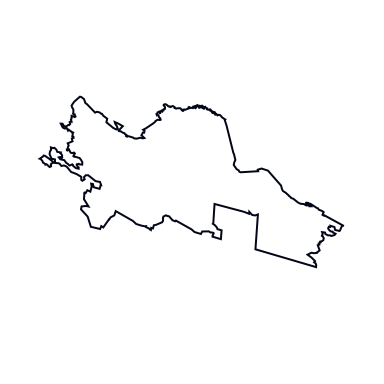 outline of Zebrenes pag., Dobele, Latvia, rotated 30°
{"feature_id": "27541924B8969780539300", "entity_name": "Zebrenes pag.", "entity_type": "district", "adm_level": 2, "iso_a3": "LVA", "parent_name": "Latvia", "parent_adm1": "Dobele", "projection": "robinson", "projection_center": [22.874, 56.594], "detail": "fine", "context": "isolated", "style": "outline", "palette": "ink", "viewbox_px": 384, "rotation_deg": 30, "n_neighbors": 0, "source": "geoboundaries", "source_scale": "gbopen_adm2", "svg_char_len": 6004}
<svg xmlns="http://www.w3.org/2000/svg" viewBox="0 0 384 384"><g transform="rotate(30 192 192)"><path d="M337.0,195.0L336.1,193.2L334.8,192.0L332.9,191.8L333.1,190.3L328.2,189.0L323.4,188.5L325.8,184.9L328.3,184.0L330.6,182.3L330.4,181.8L331.0,180.8L331.7,178.7L327.5,175.2L328.6,173.9L327.5,173.1L328.6,171.5L327.8,170.9L329.2,169.4L329.8,168.1L329.2,166.1L327.3,164.9L326.4,165.0L326.1,163.0L324.7,161.7L327.5,160.6L328.6,161.7L331.6,161.5L333.2,160.5L334.4,160.5L335.1,160.0L337.0,157.9L337.2,156.4L334.6,156.6L333.6,156.0L332.2,156.7L331.1,156.7L328.9,156.0L328.0,155.2L327.9,153.7L329.1,153.3L329.4,152.5L328.9,152.0L332.9,151.1L334.9,153.3L339.2,152.0L339.4,151.5L338.8,146.0L340.5,145.5L318.4,146.0L318.3,146.5L316.4,146.5L316.1,143.6L314.3,143.4L310.6,143.9L309.3,143.2L308.0,143.4L300.3,143.0L299.9,143.3L299.9,144.2L302.1,144.9L300.7,145.7L299.6,144.9L298.2,143.3L296.3,144.1L296.2,144.5L297.1,145.3L298.4,145.6L298.6,145.9L298.2,146.3L296.6,146.6L295.2,146.4L291.9,147.9L288.8,148.1L283.4,147.2L280.6,147.6L279.8,147.1L278.2,147.0L277.7,146.7L273.5,145.8L270.4,145.7L268.6,144.6L265.9,141.9L247.1,135.5L240.5,136.9L237.8,139.8L238.9,140.9L224.4,150.5L223.0,150.8L221.5,149.9L219.2,149.9L214.6,147.7L213.8,145.2L213.5,142.5L209.4,138.2L208.1,137.3L188.8,117.3L184.4,113.3L184.5,112.7L183.9,112.9L183.3,112.5L181.1,112.4L178.2,111.4L176.5,111.8L175.7,112.9L174.3,112.3L173.5,113.4L172.8,113.1L172.9,112.1L171.7,111.5L171.2,111.7L171.6,112.3L171.5,112.7L170.2,113.3L169.4,112.9L169.6,112.0L168.6,112.0L167.4,112.5L167.1,112.2L167.1,111.5L166.6,111.3L166.0,111.7L165.8,112.3L164.1,112.9L163.8,112.9L163.9,112.3L163.5,111.9L161.6,112.2L160.9,111.6L159.6,112.7L160.6,113.8L160.2,114.0L158.5,113.9L158.7,112.9L158.3,112.3L157.8,112.1L156.9,112.8L157.8,113.5L157.0,113.9L157.0,114.5L156.1,115.5L155.8,115.3L155.9,114.6L155.6,113.8L155.3,113.7L155.0,114.3L154.6,114.0L153.1,114.1L153.1,114.4L153.7,114.6L153.6,115.2L152.5,115.2L150.7,117.1L151.3,117.2L151.5,116.8L152.4,116.1L153.3,116.5L153.3,117.0L153.1,117.1L152.2,117.1L152.9,117.3L152.9,117.7L151.3,117.8L150.9,118.9L149.9,119.1L148.4,120.2L147.7,119.8L146.9,119.9L146.7,120.3L147.4,120.6L147.4,121.4L146.1,122.7L145.2,124.0L144.5,124.1L144.1,124.8L143.5,124.9L143.5,125.4L143.9,125.8L143.7,126.3L143.1,126.4L142.5,125.7L141.9,126.1L141.2,125.6L139.8,125.4L137.3,126.9L136.6,127.7L135.0,128.0L134.8,127.3L132.4,127.1L131.6,128.2L131.0,128.5L131.9,129.1L130.7,129.0L129.8,129.5L128.3,129.6L127.7,129.3L125.7,129.1L124.5,129.6L124.1,130.2L124.0,131.0L126.2,132.0L127.0,133.5L126.1,134.5L126.4,135.2L125.9,135.3L125.3,136.2L126.1,136.3L126.1,137.3L124.8,137.5L123.8,138.4L124.7,138.8L125.0,139.5L124.7,139.7L124.1,139.0L123.0,139.5L122.6,140.0L122.8,140.2L122.2,142.2L123.1,143.0L123.3,142.5L124.7,142.3L125.3,143.3L127.2,144.0L127.6,144.5L127.9,144.3L128.7,145.1L128.4,145.6L126.0,146.7L125.1,148.5L124.8,149.3L124.9,150.1L124.1,152.0L120.4,159.6L118.6,162.5L120.2,162.6L120.9,164.5L119.8,165.0L119.8,168.1L123.8,169.1L123.2,169.7L121.4,170.6L120.1,170.8L117.4,173.5L116.5,173.7L116.0,174.2L115.0,174.5L113.9,174.3L109.2,175.4L108.6,175.7L108.2,176.5L107.0,176.5L107.0,175.7L106.5,175.7L106.4,175.3L104.9,175.4L104.1,174.8L102.5,175.2L99.7,175.1L98.3,175.8L97.7,175.4L99.2,169.6L94.2,169.6L90.1,170.0L91.2,171.1L94.1,172.6L95.3,173.8L95.8,174.0L95.8,175.1L95.1,175.7L91.8,175.9L83.0,174.4L81.9,170.9L76.9,170.3L75.0,169.3L74.2,169.6L72.1,169.3L69.5,170.1L68.4,171.7L57.3,168.5L55.1,168.2L52.0,165.5L48.6,165.1L47.3,165.5L45.8,169.8L44.8,172.9L44.5,177.3L45.6,178.5L48.0,179.9L49.6,182.6L49.8,183.7L51.1,183.8L51.7,183.5L52.3,184.6L53.3,184.7L53.4,185.0L53.1,185.7L49.7,186.3L51.0,188.8L50.9,189.7L52.6,191.4L51.4,192.0L51.1,192.7L52.5,193.9L52.2,195.4L51.4,195.7L50.2,198.3L48.3,198.9L45.7,197.6L44.2,198.4L47.7,200.7L49.8,200.8L51.8,199.4L53.9,200.8L54.0,199.7L57.7,200.1L59.1,200.0L58.9,200.5L59.3,200.5L59.9,201.7L60.4,203.5L61.7,203.4L62.3,204.4L61.5,204.7L61.2,205.8L63.2,207.9L60.0,212.0L62.0,213.4L62.0,215.0L62.9,217.0L62.3,217.7L62.8,218.4L63.5,218.3L64.3,216.7L66.8,218.4L67.7,218.6L69.1,218.0L70.0,216.9L71.3,217.2L71.3,220.2L72.4,220.4L73.1,219.9L77.7,218.8L80.1,219.8L82.2,221.1L83.2,223.2L80.5,224.4L79.9,224.2L78.4,225.6L78.5,226.2L80.4,227.2L81.5,227.3L82.2,228.5L79.4,229.4L76.0,228.8L75.2,228.0L74.5,227.9L72.9,230.2L72.3,230.3L70.9,229.8L68.4,229.6L65.5,228.3L61.5,229.5L59.3,228.6L60.3,227.6L62.2,227.4L62.3,226.9L61.6,226.1L61.2,225.2L60.2,224.6L58.4,224.2L58.5,223.4L55.3,224.6L53.3,223.1L50.7,222.5L49.8,223.5L47.5,223.9L48.9,226.0L48.7,227.8L49.7,230.4L53.7,233.4L57.0,232.3L58.9,235.3L62.2,233.8L63.3,233.7L65.5,234.7L66.0,234.7L67.9,233.0L70.8,232.7L77.3,235.1L82.7,234.2L88.4,234.2L90.1,236.9L91.4,237.1L92.7,234.7L91.0,233.3L91.6,230.7L93.7,229.4L103.1,230.8L107.3,229.3L110.0,231.6L109.5,231.9L110.4,235.5L104.5,237.0L102.2,234.6L100.5,235.2L102.4,237.4L103.8,242.5L100.5,242.8L100.4,246.1L99.3,246.2L99.2,246.9L99.7,247.4L102.0,252.2L109.6,256.3L107.2,257.1L103.6,259.7L104.5,262.5L114.0,265.5L121.8,272.7L130.9,270.0L130.5,266.9L132.9,267.0L133.8,256.9L134.1,256.9L134.1,254.8L136.4,251.1L135.5,246.7L155.3,246.6L159.6,247.6L165.1,246.4L168.2,245.3L168.9,244.8L168.9,245.2L169.5,245.4L172.7,245.1L174.2,245.5L175.4,245.5L174.6,243.5L176.4,243.1L175.6,239.9L177.3,238.4L181.3,233.1L181.3,231.4L179.8,228.8L179.5,227.6L181.1,225.2L182.6,225.1L184.3,224.5L189.2,226.2L192.1,225.8L192.8,225.1L192.7,224.8L210.3,224.6L214.2,225.4L220.7,223.9L220.6,221.1L226.2,217.7L228.2,217.8L229.4,217.1L231.1,216.7L231.6,217.3L231.5,217.8L231.8,220.3L231.3,220.6L240.6,218.4L236.8,210.4L232.6,211.4L231.3,210.3L230.0,209.8L228.3,209.3L226.0,209.1L226.1,208.5L217.5,191.1L246.8,183.2L252.4,182.3L251.5,180.5L255.5,181.8L258.3,180.8L260.3,178.5L275.6,209.9L337.0,195.0ZM57.6,235.6L51.9,234.6L46.6,234.2L45.3,234.6L45.2,235.8L43.5,239.3L44.5,239.1L46.0,239.6L47.1,240.0L48.1,241.0L51.2,241.1L51.4,241.4L51.7,240.8L52.8,240.8L56.2,241.6L57.1,240.2L55.9,238.6L56.0,237.7L57.6,235.6Z" fill="none" stroke="#020617" stroke-width="2"/></g></svg>